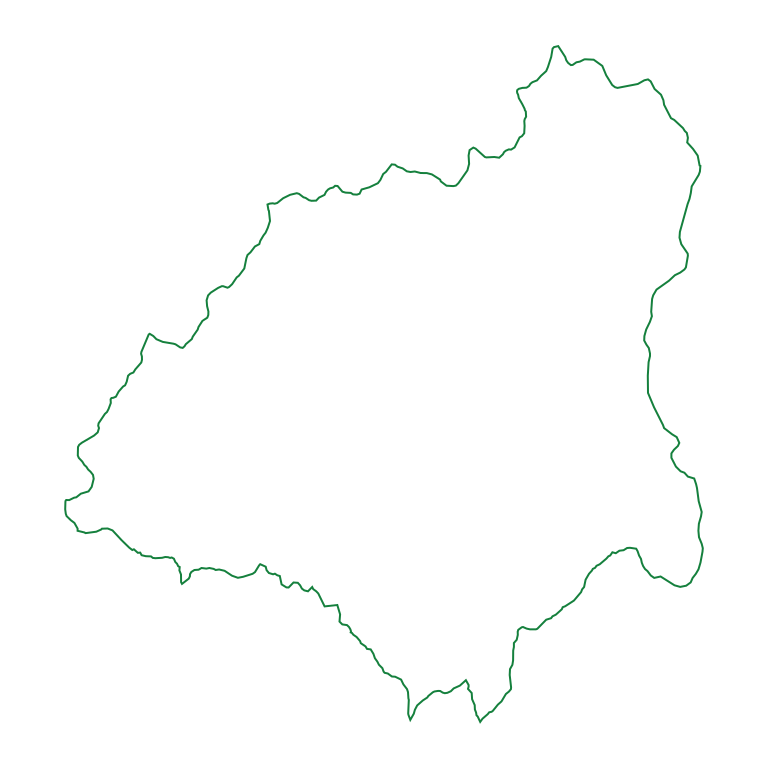 the district of Laya, Gasa, Bhutan
{"feature_id": "84629894B6989657948479", "entity_name": "Laya", "entity_type": "district", "adm_level": 2, "iso_a3": "BTN", "parent_name": "Bhutan", "parent_adm1": "Gasa", "projection": "equal_earth", "projection_center": [89.7, 28.07], "detail": "fine", "context": "isolated", "style": "outline", "palette": "green", "viewbox_px": 768, "rotation_deg": 0, "n_neighbors": 0, "source": "geoboundaries", "source_scale": "gbopen_adm2", "svg_char_len": 6049}
<svg xmlns="http://www.w3.org/2000/svg" viewBox="0 0 768 768"><path d="M480.2,721.9L482.5,718.7L487.7,714.2L489.2,712.3L491.6,711.8L492.8,710.9L497.9,704.6L501.5,701.4L505.9,694.0L508.9,691.6L510.9,689.2L511.1,687.4L509.7,675.0L510.0,669.1L512.4,664.8L513.1,660.3L513.2,650.6L513.9,647.0L513.9,643.0L516.7,639.8L517.8,634.9L517.7,631.7L518.3,629.8L521.7,627.3L523.0,627.0L526.6,628.6L529.8,629.3L536.0,629.3L537.3,628.8L546.2,619.7L551.1,618.2L552.5,616.3L555.8,614.7L561.8,609.3L562.7,607.2L565.1,606.3L573.9,600.6L581.1,592.1L582.1,589.4L584.1,587.0L585.6,579.7L589.0,573.8L591.9,570.6L592.8,568.9L595.1,567.8L596.5,565.8L599.7,564.3L606.4,558.6L608.4,556.3L610.2,555.5L612.4,552.3L615.8,553.2L619.4,550.7L623.6,550.2L627.1,548.0L630.0,547.8L636.2,548.7L637.6,551.2L639.1,555.6L641.0,558.9L641.8,562.7L643.1,566.0L645.0,569.0L647.5,571.1L650.8,575.5L654.2,577.9L660.6,576.5L674.5,585.3L680.2,586.9L686.2,585.7L690.7,582.4L692.6,578.0L695.8,573.9L698.5,569.3L700.5,562.5L702.5,551.7L702.8,548.2L701.7,543.8L699.0,537.2L698.4,530.7L698.9,523.7L701.0,516.4L701.7,512.0L698.7,501.2L697.0,488.1L696.1,484.2L694.2,478.5L687.9,476.6L684.4,472.7L680.6,471.3L675.9,466.6L671.4,457.8L671.4,453.4L674.0,449.7L677.9,446.0L679.3,442.9L676.7,437.1L672.1,434.3L664.1,428.1L663.0,425.0L654.0,407.2L648.0,392.9L647.8,375.7L648.6,362.1L650.0,356.1L650.0,353.5L648.8,348.0L646.4,344.6L644.2,340.5L644.4,336.0L646.2,329.5L649.9,321.9L651.9,316.2L651.2,311.8L652.1,299.0L653.2,295.3L656.5,289.6L669.0,280.7L674.9,275.2L680.2,272.6L684.4,269.5L685.9,267.4L687.9,255.7L687.7,253.6L681.3,244.2L679.5,237.7L679.9,231.9L687.6,204.1L689.5,198.9L690.8,193.1L691.7,186.4L698.7,174.9L699.9,171.6L700.4,165.9L699.6,165.5L697.7,155.6L693.0,148.9L687.2,142.5L687.9,137.8L686.8,132.9L684.8,131.0L683.0,128.1L674.2,119.9L671.0,118.2L664.1,104.8L663.4,100.2L661.0,94.7L654.6,89.0L650.7,81.4L648.0,79.4L644.3,80.3L637.8,84.0L617.5,87.9L615.0,87.2L612.2,85.0L606.2,75.3L602.3,65.9L593.7,59.7L585.4,59.3L584.3,59.4L579.9,61.6L576.4,62.3L572.7,64.9L570.9,65.1L568.1,62.9L566.3,60.3L565.2,56.9L558.2,46.1L554.0,47.1L552.6,48.6L551.2,56.9L547.9,67.1L546.2,71.1L541.0,75.8L537.0,80.4L532.4,82.2L530.4,83.8L529.1,85.9L527.3,87.2L526.3,87.7L522.4,87.9L518.9,88.8L517.4,89.9L517.0,91.1L517.2,92.9L518.1,94.7L518.8,98.1L522.3,104.2L524.6,108.8L524.9,110.2L525.8,111.5L526.1,116.7L524.7,119.2L524.3,121.1L524.6,125.9L524.2,133.3L521.9,136.2L519.6,137.4L514.6,147.4L511.1,149.6L508.8,149.4L505.8,150.7L504.1,152.1L502.9,154.3L499.2,157.7L494.3,157.0L486.4,157.4L484.9,157.0L475.6,148.6L473.3,147.6L469.6,150.1L468.6,155.5L469.1,163.9L467.4,170.4L458.4,183.2L455.9,185.6L453.4,186.1L446.5,185.7L440.8,181.4L440.1,179.6L431.9,174.4L426.9,173.1L420.6,173.0L414.8,171.5L410.5,172.0L406.8,171.3L402.7,168.4L397.5,166.7L395.0,164.7L391.7,164.4L386.0,171.8L383.2,174.0L380.4,179.9L377.9,183.2L369.3,187.3L361.6,189.5L359.6,193.7L357.0,194.6L353.1,194.4L350.8,192.9L345.5,192.6L342.4,191.7L337.6,186.0L335.1,185.8L333.2,187.5L330.1,188.3L328.1,189.5L326.1,191.7L324.5,194.9L319.0,197.6L316.2,200.6L311.5,200.8L309.1,200.2L305.6,197.9L303.5,197.3L299.1,193.9L296.8,193.2L290.1,194.8L283.2,198.2L277.2,203.0L274.7,203.7L272.7,203.3L269.7,203.6L267.5,204.5L268.4,209.9L268.9,210.8L270.0,221.0L267.8,227.8L265.6,232.7L263.5,235.4L260.3,240.8L259.3,244.1L254.9,246.5L250.5,252.3L247.5,255.0L246.4,258.2L244.3,268.5L238.9,275.7L236.7,277.4L232.1,284.2L229.1,287.0L227.5,287.7L223.1,286.2L221.8,286.2L218.1,287.9L210.8,292.6L208.1,295.4L206.6,300.3L207.1,306.2L208.4,311.5L208.3,315.0L207.3,317.7L202.5,320.8L198.5,327.0L197.7,329.6L192.8,336.6L191.8,339.1L185.8,344.2L184.5,346.3L182.7,347.9L180.2,347.4L175.5,344.3L173.5,343.7L162.8,341.9L156.4,339.2L153.3,336.0L149.7,333.8L148.7,334.5L141.4,351.9L141.1,353.8L141.9,356.4L142.0,359.7L141.3,362.5L135.3,369.4L133.4,372.5L130.2,373.8L128.1,375.7L126.7,381.7L125.1,385.3L123.1,386.5L118.7,391.5L115.9,396.7L113.2,397.8L111.5,398.0L110.6,399.3L110.8,403.0L108.6,408.9L107.0,412.0L104.9,413.9L98.6,423.3L98.2,425.7L99.0,428.1L97.7,432.4L94.0,435.6L81.9,442.7L79.2,444.8L78.0,447.0L77.8,455.5L78.8,457.9L82.3,461.6L84.3,464.9L86.4,466.8L88.1,469.5L90.6,471.8L93.0,474.9L93.7,478.8L91.7,486.9L88.5,491.4L80.8,493.7L76.3,497.3L74.1,497.7L69.2,500.1L66.2,500.0L65.5,501.0L65.4,502.2L65.2,509.3L65.8,513.8L66.6,516.1L70.8,520.2L74.4,522.9L77.6,528.6L77.6,530.8L84.6,532.5L85.4,533.1L86.6,533.0L96.3,531.7L101.2,529.5L101.9,528.7L107.7,528.5L112.5,530.4L121.7,540.3L129.3,547.7L132.3,550.0L133.9,549.3L137.8,552.8L140.2,552.6L141.6,555.2L145.8,556.2L151.0,556.4L152.8,557.9L155.4,558.2L162.1,557.8L165.2,557.0L168.1,557.2L170.1,557.9L171.7,557.5L173.9,558.7L175.3,562.0L177.0,563.7L178.2,566.2L179.7,567.0L179.4,570.4L181.0,574.5L181.1,582.2L182.0,583.9L188.8,578.6L189.9,576.3L190.0,574.2L191.3,572.0L194.4,570.0L198.6,569.7L201.5,568.0L206.3,568.6L209.4,568.0L213.7,568.9L215.7,570.0L219.1,569.5L224.6,570.8L232.0,575.7L237.9,577.8L243.1,576.8L252.6,573.8L255.0,572.1L259.1,565.4L260.2,564.2L265.7,566.7L266.6,570.2L268.9,573.0L273.1,574.3L274.9,573.7L277.3,575.3L279.8,576.0L281.6,584.4L286.4,587.4L288.6,587.5L293.5,582.5L297.8,582.8L300.1,585.3L301.9,588.6L304.3,590.4L308.0,591.3L312.2,587.0L313.2,589.1L316.2,591.3L318.3,593.5L324.6,606.4L337.3,605.0L340.1,614.4L339.5,621.6L342.3,624.4L347.0,625.1L349.0,627.0L350.4,629.4L351.0,631.4L350.7,632.4L351.9,632.9L353.4,634.8L356.6,637.0L360.1,641.1L360.8,643.2L365.5,646.4L367.0,648.9L370.7,649.4L373.4,653.8L374.9,658.2L377.4,661.7L378.9,664.7L382.4,668.2L383.6,671.6L384.6,672.8L387.8,673.5L391.9,676.5L395.1,676.7L401.1,679.6L403.4,684.4L407.0,689.1L408.0,692.1L408.4,698.3L408.8,699.9L408.2,713.4L408.4,714.7L410.3,719.9L413.8,713.7L414.9,709.8L417.2,705.4L422.9,700.4L427.3,697.5L428.3,696.0L432.8,692.3L434.4,691.5L438.1,690.9L440.2,691.0L442.7,692.6L444.8,693.2L447.4,692.8L450.9,691.2L453.7,688.4L459.9,685.6L465.9,680.2L468.6,685.0L468.6,686.7L468.0,688.9L471.7,693.0L472.1,699.2L474.7,705.1L474.9,709.5L476.1,712.6L476.5,715.3L477.7,716.5L480.2,721.9Z" fill="none" stroke="#15803d" stroke-width="2"/></svg>